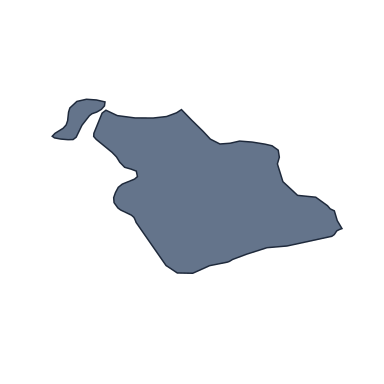 SVG path tracing the border of La Altagracia, rotated 118°
{"feature_id": "DOM-1987", "entity_name": "La Altagracia", "entity_type": "Province", "adm_level": 1, "iso_a3": "DOM", "parent_name": "Dominican Republic", "parent_adm1": "", "projection": "equal_earth", "projection_center": [-68.677, 18.544], "detail": "fine", "context": "isolated", "style": "filled", "palette": "slate", "viewbox_px": 384, "rotation_deg": 118, "n_neighbors": 0, "source": "natural_earth", "source_scale": "10m", "svg_char_len": 1214}
<svg xmlns="http://www.w3.org/2000/svg" viewBox="0 0 384 384"><g transform="rotate(118 192 192)"><path d="M153.9,42.4L155.9,44.2L158.3,45.9L162.8,46.4L165.4,47.7L195.1,82.8L206.0,99.7L221.4,114.7L232.5,124.5L235.6,126.3L237.2,127.7L248.8,141.9L263.4,153.2L270.4,167.0L269.1,180.4L245.1,227.1L243.4,229.0L241.7,231.3L240.9,234.6L241.4,246.5L240.9,249.9L238.0,255.8L233.8,258.5L228.5,259.3L222.5,259.3L217.8,257.3L207.6,248.8L204.0,247.4L199.7,251.0L200.4,256.5L201.8,263.1L199.6,269.8L196.5,275.1L194.5,281.3L190.5,301.3L189.1,304.9L186.2,306.2L164.6,308.4L160.2,306.4L159.6,293.8L153.4,277.2L144.9,261.0L137.3,249.9L129.3,242.8L124.2,240.0L128.7,226.1L133.3,210.5L136.7,200.6L136.5,189.9L131.1,181.3L124.7,173.9L119.7,162.4L115.5,150.1L113.6,143.0L114.6,135.5L120.3,131.2L127.1,129.8L140.2,116.6L145.4,97.2L138.5,80.3L140.5,65.9L142.0,62.1L141.8,57.5L149.1,50.3L153.9,42.4ZM184.8,320.5L198.0,320.0L201.5,321.6L204.0,326.0L206.9,332.8L208.8,338.9L208.4,341.6L204.5,340.5L196.2,335.7L191.9,334.6L187.4,335.3L179.4,338.5L175.1,339.3L166.1,336.2L159.7,328.8L155.6,319.6L153.3,311.1L157.1,309.7L161.6,310.8L166.1,313.6L169.9,317.1L172.8,318.4L184.8,320.5Z" fill="#64748b" stroke="#1e293b" stroke-width="1.5"/></g></svg>